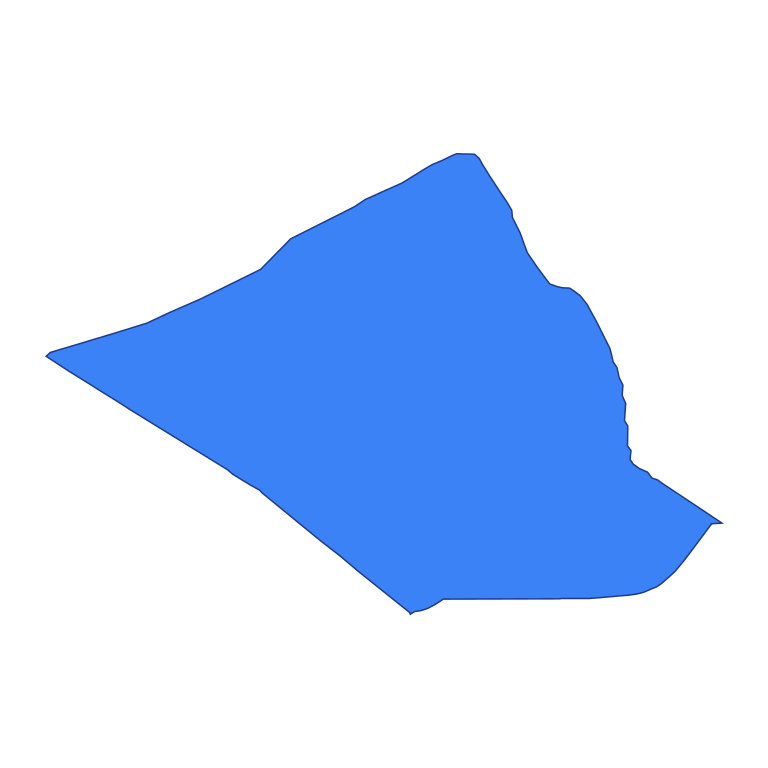 the district of Al Leri, South Kordufan, Sudan
{"feature_id": "16777658B28886602001992", "entity_name": "Al Leri", "entity_type": "district", "adm_level": 2, "iso_a3": "SDN", "parent_name": "Sudan", "parent_adm1": "South Kordufan", "projection": "mercator", "projection_center": [30.87, 10.168], "detail": "fine", "context": "isolated", "style": "filled", "palette": "blue", "viewbox_px": 768, "rotation_deg": 0, "n_neighbors": 0, "source": "geoboundaries", "source_scale": "gbopen_adm2", "svg_char_len": 1667}
<svg xmlns="http://www.w3.org/2000/svg" viewBox="0 0 768 768"><path d="M721.9,523.1L703.7,510.9L662.9,483.8L657.6,479.9L652.0,478.1L647.5,472.1L639.3,468.5L633.1,464.0L630.1,459.5L631.0,450.5L627.5,446.0L627.8,426.0L624.5,420.6L625.7,403.5L622.2,395.4L622.9,385.1L619.1,377.6L617.0,367.7L613.2,362.0L611.7,355.4L609.9,348.5L597.2,323.0L587.2,304.6L580.4,295.9L574.2,291.1L569.5,288.1L562.7,287.8L557.1,286.6L549.7,283.9L545.6,278.5L536.6,266.3L527.4,252.8L524.2,244.2L523.6,242.6L520.3,233.3L512.4,217.4L511.8,210.4L507.1,202.3L500.0,191.8L490.2,176.8L482.3,164.2L479.3,158.5L474.6,154.3L468.7,154.0L463.1,154.0L456.9,153.7L452.2,155.5L447.4,157.9L441.8,160.6L433.0,164.2L428.5,166.7L427.8,167.1L427.7,167.2L424.0,169.4L420.3,171.7L413.7,175.8L402.0,183.0L394.0,186.6L385.4,190.4L365.3,199.5L354.5,206.7L290.7,238.8L277.9,251.8L264.8,265.1L260.6,269.4L201.1,298.7L186.5,305.1L182.4,306.9L171.9,311.5L166.3,314.0L147.0,323.1L125.7,329.7L113.4,333.5L99.1,337.8L93.5,339.5L77.3,344.4L58.4,350.0L56.6,350.6L50.6,352.4L50.3,352.5L48.7,353.9L47.3,355.2L46.1,356.3L70.3,372.1L94.3,387.0L98.6,389.8L117.8,401.7L130.3,409.8L130.6,410.0L227.6,469.8L232.8,474.3L250.5,485.1L259.8,490.3L262.0,492.8L291.7,517.2L321.2,541.3L340.0,555.9L356.1,569.5L356.3,569.8L387.7,594.9L392.9,599.1L397.0,602.4L409.8,612.6L410.3,614.3L414.7,611.5L420.7,610.7L427.5,608.5L435.4,604.3L440.0,601.3L443.3,599.1L560.0,598.8L560.8,598.5L588.9,598.5L599.3,597.7L608.5,596.9L618.6,596.0L628.4,595.2L636.3,594.1L643.4,592.4L651.6,588.8L656.5,586.9L661.4,583.6L669.3,576.7L675.3,571.1L684.0,560.6L693.9,547.6L702.3,536.3L711.6,523.8L721.9,523.1Z" fill="#3b82f6" stroke="#1e3a8a" stroke-width="1.5"/></svg>